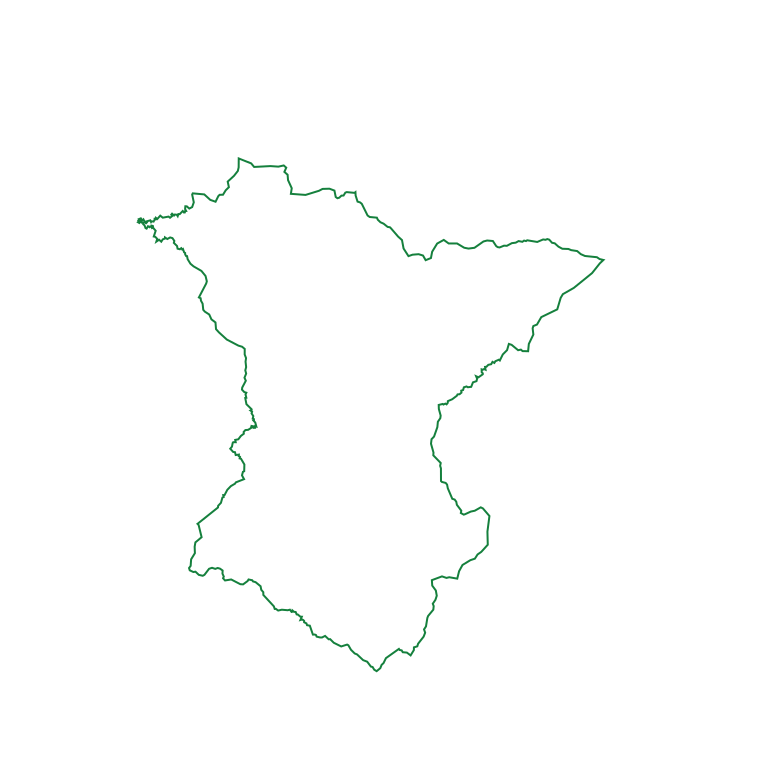 the district of Villanueva, Bolívar, Colombia, rotated 338°
{"feature_id": "7082276B78136311282892", "entity_name": "Villanueva", "entity_type": "district", "adm_level": 2, "iso_a3": "COL", "parent_name": "Colombia", "parent_adm1": "Bolívar", "projection": "orthographic", "projection_center": [-75.277, 10.445], "detail": "fine", "context": "isolated", "style": "outline", "palette": "green", "viewbox_px": 768, "rotation_deg": 338, "n_neighbors": 0, "source": "geoboundaries", "source_scale": "gbopen_adm2", "svg_char_len": 6166}
<svg xmlns="http://www.w3.org/2000/svg" viewBox="0 0 768 768"><g transform="rotate(338 384 384)"><path d="M429.4,195.4L428.2,195.7L421.3,192.1L419.8,192.1L417.1,194.1L415.1,193.4L412.3,194.5L410.4,194.3L409.3,192.5L410.5,186.1L406.6,182.5L400.1,180.1L396.1,180.5L382.1,179.3L368.9,172.8L371.8,167.9L371.4,159.0L373.0,153.9L371.1,150.0L374.4,146.8L372.9,143.8L367.5,142.9L360.3,139.4L344.9,134.1L343.5,129.7L333.8,120.5L330.4,128.7L328.3,131.7L322.9,134.8L314.9,137.8L313.9,143.4L309.8,145.1L305.6,148.2L302.5,147.0L300.8,147.7L296.1,151.9L291.9,148.2L288.4,140.9L278.1,135.6L277.1,136.5L275.7,144.3L272.4,148.1L269.2,148.4L267.7,145.4L266.4,144.8L265.1,147.3L265.4,149.5L264.1,149.3L263.6,150.3L262.8,150.1L262.2,148.2L258.2,150.0L257.0,149.4L255.6,151.1L255.3,149.5L253.6,148.5L252.5,149.1L251.3,146.7L250.2,147.3L250.6,148.9L247.9,149.7L247.0,148.1L241.2,146.9L239.6,144.1L235.6,146.1L234.8,144.6L234.1,145.9L233.5,145.8L233.5,143.9L233.1,145.5L231.2,147.1L229.5,146.1L228.7,146.6L228.6,144.7L224.1,144.2L224.7,145.3L223.7,145.8L223.0,145.1L222.6,141.2L221.1,141.8L220.6,139.3L218.4,139.3L218.6,140.4L217.4,140.5L217.4,141.5L216.5,141.8L217.4,143.0L219.1,141.7L219.6,143.5L221.1,144.2L220.6,145.7L221.4,147.1L221.3,150.1L222.1,151.0L224.3,149.3L225.4,150.8L226.3,150.3L227.2,150.8L227.3,152.5L227.8,152.5L228.1,150.3L228.9,150.9L228.5,152.8L229.7,156.4L225.8,161.0L227.1,161.9L228.1,164.5L226.3,166.7L229.5,166.0L230.8,168.6L233.1,167.0L235.2,167.1L235.8,166.0L237.4,168.4L240.6,168.0L242.5,169.5L243.2,172.8L242.0,174.4L243.8,178.5L243.3,181.2L245.2,182.6L246.9,182.1L247.3,183.7L248.2,183.5L248.0,187.0L248.7,188.0L248.2,189.4L248.5,191.3L249.3,191.7L248.7,194.7L249.6,200.0L251.5,203.6L257.1,210.8L259.0,217.0L258.2,222.4L256.8,224.2L244.8,234.4L246.1,235.8L245.5,238.2L245.9,241.6L244.2,247.5L245.0,249.8L248.0,254.1L248.2,259.4L250.8,263.8L248.8,270.2L250.3,274.3L254.9,283.9L263.4,293.9L266.4,296.3L268.0,299.3L265.9,304.4L265.8,308.3L264.0,311.4L262.5,316.7L260.5,319.4L260.1,322.7L257.0,325.9L257.1,329.2L251.2,334.2L250.2,336.0L251.4,339.1L253.1,340.5L251.7,341.8L251.2,345.2L250.1,345.0L248.9,351.2L251.8,357.9L251.4,358.6L250.3,358.6L251.3,360.3L250.2,361.6L250.8,364.8L249.3,366.9L250.2,367.7L250.0,368.6L249.2,368.8L250.2,371.5L249.7,375.6L248.8,374.8L248.1,376.3L246.9,375.9L247.0,374.3L246.4,373.9L246.1,375.1L245.6,375.0L245.1,373.7L244.1,375.0L240.9,375.6L238.2,374.8L235.9,375.9L235.4,377.6L231.9,378.5L228.2,380.7L225.1,380.1L224.7,382.4L222.4,381.5L221.6,382.0L219.6,385.1L217.2,386.4L218.7,390.5L220.3,391.4L219.9,394.3L223.0,395.1L222.3,396.4L223.2,397.6L222.3,398.9L223.4,399.7L224.4,406.3L221.7,412.5L220.3,412.6L218.1,415.5L218.6,419.8L209.8,419.7L208.5,420.6L203.8,421.3L199.1,423.4L194.6,427.2L193.3,426.8L193.1,428.7L191.6,428.8L188.3,433.1L184.6,434.8L183.8,436.3L158.7,443.8L159.3,445.3L157.5,457.7L149.8,460.2L147.5,463.9L145.3,470.0L139.5,474.3L136.6,480.2L134.3,481.6L134.1,484.0L136.8,486.9L138.9,487.4L140.8,491.6L144.1,493.9L146.0,493.7L152.6,489.8L155.7,490.0L158.3,492.2L160.9,492.3L162.8,493.8L164.5,496.5L163.2,499.3L163.3,502.6L162.0,503.8L163.0,506.6L169.1,508.0L175.8,515.8L178.3,517.0L183.7,515.6L185.2,514.5L188.3,516.6L188.6,518.0L190.7,519.6L193.8,525.3L193.1,528.8L194.1,531.8L193.1,534.4L198.6,548.9L198.4,551.6L199.5,552.0L201.0,554.4L204.7,555.0L210.0,557.7L212.2,558.0L212.9,560.7L213.6,560.8L214.3,559.7L215.2,561.5L216.7,562.3L216.7,564.9L217.7,565.4L219.3,568.4L220.6,569.0L218.1,571.5L219.9,571.7L220.7,572.6L221.2,573.7L220.7,575.0L222.4,576.9L222.3,578.8L224.7,580.3L224.2,589.7L226.0,590.4L226.9,591.3L226.9,593.0L229.7,595.0L231.5,595.8L235.0,595.5L237.1,600.0L238.5,600.4L240.5,605.1L246.0,611.3L252.2,611.8L253.1,612.9L253.8,618.0L255.9,622.9L257.7,624.6L261.2,632.2L264.4,635.2L266.0,641.1L267.4,642.1L267.9,645.2L269.6,647.5L274.1,646.1L276.6,643.5L279.0,642.6L283.1,638.9L298.6,635.2L298.9,636.5L300.6,637.6L300.9,639.7L304.6,641.6L307.0,645.6L312.0,641.9L313.1,639.4L316.6,639.7L318.3,637.6L326.1,633.1L329.0,630.0L329.2,626.5L332.1,624.5L336.6,617.1L338.0,615.6L345.2,611.7L346.9,608.5L346.9,606.0L350.8,603.4L353.6,600.1L354.7,594.9L353.2,589.0L354.9,583.8L365.7,584.1L369.3,587.2L372.1,587.6L379.0,591.9L383.5,585.7L389.0,581.2L398.1,579.7L402.8,580.0L406.9,577.1L411.3,576.1L420.0,571.9L424.6,559.6L432.3,545.9L429.1,536.4L427.5,534.6L420.7,535.5L416.7,534.8L410.4,535.1L409.0,535.0L406.9,532.4L408.2,530.4L406.3,523.3L406.9,520.2L406.2,517.6L404.3,516.0L404.1,504.5L404.8,500.9L404.1,498.8L401.0,496.5L400.5,495.3L405.2,483.5L405.4,480.9L407.0,478.5L403.0,468.6L404.2,466.1L405.2,457.0L407.4,453.0L410.7,451.5L417.3,444.0L419.8,439.2L423.4,436.8L424.7,434.5L425.5,427.7L426.9,423.9L431.0,424.5L431.4,425.3L433.6,425.2L434.4,426.3L436.0,425.4L436.8,423.8L441.5,423.7L447.1,422.2L448.3,421.2L450.2,421.8L452.6,421.0L453.1,419.1L455.1,419.2L456.8,417.0L459.6,417.2L460.5,418.4L463.8,419.3L467.1,415.8L470.8,416.0L472.3,414.0L472.3,411.3L474.1,413.2L479.2,412.0L479.6,411.1L479.0,409.7L480.0,407.0L481.0,407.8L482.3,407.6L483.5,408.8L484.1,406.0L485.4,406.4L487.9,405.3L490.8,405.8L492.9,404.1L494.2,405.8L495.8,404.6L499.6,404.5L500.2,405.6L505.2,401.1L510.8,398.7L514.8,393.6L517.0,395.5L521.0,402.9L523.8,403.4L524.8,405.4L529.9,407.6L533.3,401.1L541.0,394.1L542.7,388.0L544.2,386.2L548.1,386.2L554.9,380.9L572.6,379.7L580.1,370.3L583.5,367.7L596.0,366.0L618.5,359.1L629.3,353.0L633.9,351.2L630.7,348.9L628.9,346.2L618.3,340.6L615.1,337.3L612.9,333.1L607.7,330.0L605.6,327.9L600.0,325.4L597.2,322.0L595.0,317.5L592.7,316.0L591.3,312.1L589.7,310.8L587.8,310.8L585.7,309.6L579.3,309.7L570.6,304.4L569.2,304.7L567.6,303.5L565.6,304.0L562.3,301.9L559.1,302.3L555.3,301.3L549.7,301.9L547.1,300.7L542.4,300.7L540.7,299.7L539.7,298.2L538.5,292.2L533.4,289.6L529.6,289.1L518.9,291.6L513.1,290.1L509.4,287.7L504.4,281.1L496.6,277.9L493.4,272.8L485.9,273.7L478.2,279.4L474.7,284.8L469.0,284.8L468.3,279.5L464.7,276.6L458.9,274.8L454.6,274.6L452.9,265.7L454.6,257.3L452.3,252.6L448.8,242.3L448.2,240.9L446.2,239.7L443.7,235.2L441.3,232.7L439.8,229.4L439.7,227.1L433.3,223.8L431.9,221.6L430.9,208.6L429.8,206.6L427.8,205.0L428.3,198.6L429.4,195.4Z" fill="none" stroke="#15803d" stroke-width="2"/></g></svg>